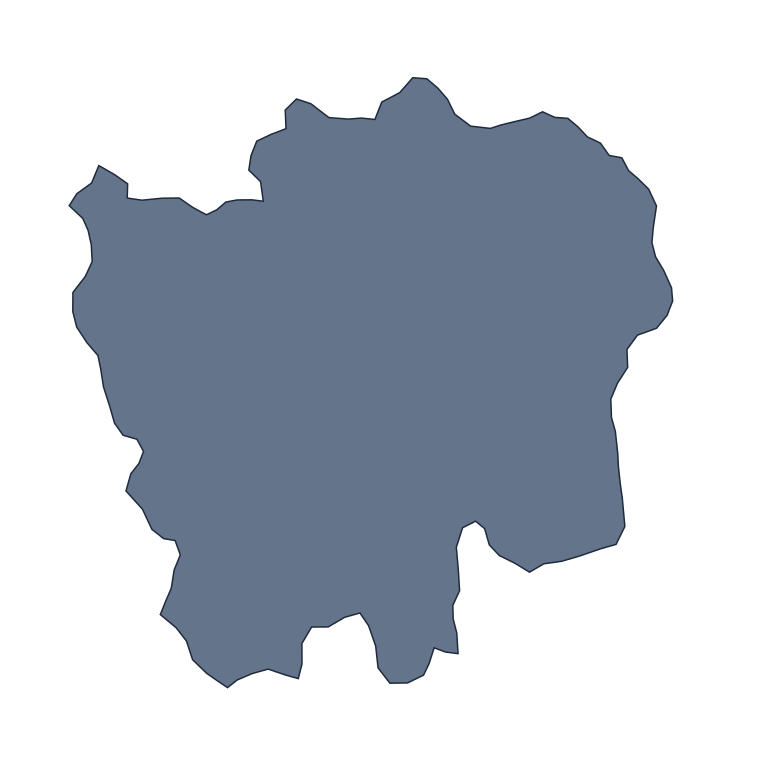 Frei Lagonegro, Minas Gerais, Brazil, rotated 352°
{"feature_id": "56859067B57712394060439", "entity_name": "Frei Lagonegro", "entity_type": "district", "adm_level": 2, "iso_a3": "BRA", "parent_name": "Brazil", "parent_adm1": "Minas Gerais", "projection": "natural_earth1", "projection_center": [-42.759, -18.147], "detail": "fine", "context": "isolated", "style": "filled", "palette": "slate", "viewbox_px": 768, "rotation_deg": 352, "n_neighbors": 0, "source": "geoboundaries", "source_scale": "gbopen_adm2", "svg_char_len": 1947}
<svg xmlns="http://www.w3.org/2000/svg" viewBox="0 0 768 768"><g transform="rotate(352 384 384)"><path d="M348.2,681.1L365.8,683.3L382.6,677.8L389.8,667.1L396.9,652.2L407.6,658.0L419.8,661.3L421.4,640.8L419.8,626.2L421.4,612.7L430.1,599.2L431.7,578.7L432.9,555.8L441.8,537.3L455.6,532.6L463.5,541.2L465.9,558.0L474.3,569.9L488.8,579.8L501.9,590.6L517.1,584.3L535.1,584.3L554.1,581.5L575.1,577.4L591.5,575.1L602.7,558.6L604.1,529.9L604.1,515.5L604.6,499.2L605.8,485.2L606.5,463.1L604.6,449.0L606.5,430.5L615.4,415.6L627.6,401.5L629.4,383.6L641.8,370.9L661.7,366.7L673.9,355.4L681.4,341.9L682.1,328.7L676.7,310.2L670.6,295.8L669.0,281.2L672.5,266.3L678.6,245.6L673.2,227.9L664.1,216.0L655.9,206.7L651.0,193.1L638.8,189.0L631.8,175.5L619.9,167.7L611.9,156.4L603.0,146.5L590.1,143.7L578.9,136.5L565.1,141.0L550.6,142.3L536.3,143.7L524.9,145.7L505.7,140.7L491.6,126.6L486.5,110.9L478.5,98.5L468.9,87.7L455.1,84.7L440.2,97.6L421.0,104.5L411.8,120.8L398.7,117.5L385.6,116.7L366.5,112.5L350.5,96.2L337.0,89.6L324.3,99.0L322.5,117.5L306.8,121.1L291.8,125.8L284.1,139.3L279.9,153.4L289.9,166.4L289.9,186.2L278.7,183.2L264.2,181.3L252.7,181.8L242.7,188.2L231.7,191.7L219.3,182.6L207.1,171.3L189.8,169.1L169.9,168.3L155.6,164.1L158.0,150.1L146.5,139.3L132.0,128.0L122.4,144.3L106.3,152.8L97.1,163.6L108.8,178.2L112.4,190.9L113.5,205.3L112.1,222.1L103.2,235.9L88.7,250.0L85.9,269.0L87.6,284.8L95.5,301.6L104.7,316.0L105.6,330.6L105.8,347.7L109.3,368.1L111.7,385.2L118.5,398.5L131.6,404.3L136.5,417.3L130.2,428.6L120.8,437.7L113.6,454.0L127.4,474.4L133.9,495.6L144.2,506.4L155.4,510.0L158.5,524.9L150.3,539.0L144.9,556.7L137.7,568.5L130.4,581.2L144.2,596.4L152.6,611.0L156.1,630.4L168.1,645.8L177.9,654.9L186.8,662.9L197.6,656.6L213.2,652.4L229.4,650.2L246.7,658.8L258.1,663.8L263.8,649.9L266.6,629.5L278.5,614.6L294.9,616.8L312.4,609.6L328.3,607.4L335.1,621.2L339.3,642.5L338.6,664.3L348.2,681.1Z" fill="#64748b" stroke="#1e293b" stroke-width="1.5"/></g></svg>